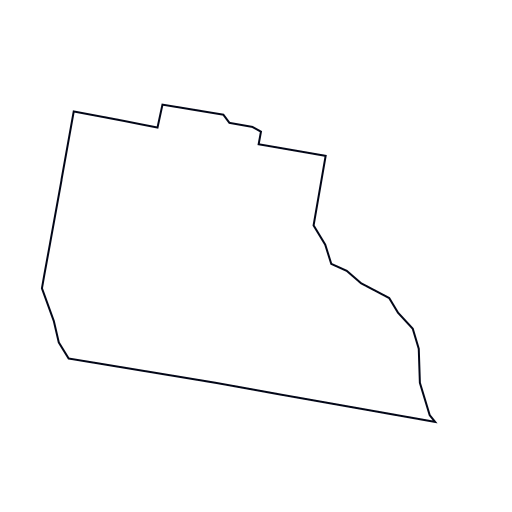 LaPorte, Indiana, United States of America, rotated 280°
{"feature_id": "52423323B64026366373920", "entity_name": "LaPorte", "entity_type": "district", "adm_level": 2, "iso_a3": "USA", "parent_name": "United States of America", "parent_adm1": "Indiana", "projection": "equal_earth", "projection_center": [-86.715, 41.499], "detail": "fine", "context": "isolated", "style": "outline", "palette": "ink", "viewbox_px": 512, "rotation_deg": 280, "n_neighbors": 0, "source": "geoboundaries", "source_scale": "gbopen_adm2", "svg_char_len": 653}
<svg xmlns="http://www.w3.org/2000/svg" viewBox="0 0 512 512"><g transform="rotate(280 256 256)"><path d="M366.7,51.4L297.5,51.2L296.8,51.3L296.7,51.3L233.9,51.0L232.9,51.0L231.2,51.0L201.5,50.8L200.9,50.8L199.2,50.8L192.3,50.8L187.8,50.8L187.0,50.8L156.8,68.2L136.6,76.8L122.5,89.3L124.1,239.7L123.8,304.6L123.8,306.2L123.7,461.2L129.4,454.7L159.6,439.4L192.9,432.4L211.6,423.0L224.8,405.7L237.7,394.5L247.4,364.2L257.1,348.0L261.3,331.5L279.2,322.2L296.1,307.4L366.7,307.2L366.5,239.2L379.3,239.3L382.5,230.0L382.5,206.7L389.5,199.3L388.8,137.6L365.4,136.7L365.7,119.5L366.1,102.2L366.7,51.4Z" fill="none" stroke="#020617" stroke-width="2"/></g></svg>